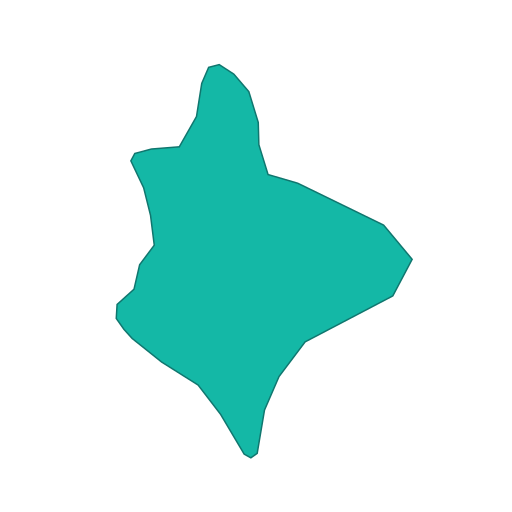 SVG path tracing the border of Bishkek, rotated 166°
{"feature_id": "KGZ-1115", "entity_name": "Bishkek", "entity_type": "Region", "adm_level": 1, "iso_a3": "KGZ", "parent_name": "Kyrgyzstan", "parent_adm1": "", "projection": "orthographic", "projection_center": [74.608, 42.858], "detail": "fine", "context": "isolated", "style": "filled", "palette": "teal", "viewbox_px": 512, "rotation_deg": 166, "n_neighbors": 0, "source": "natural_earth", "source_scale": "10m", "svg_char_len": 599}
<svg xmlns="http://www.w3.org/2000/svg" viewBox="0 0 512 512"><g transform="rotate(166 256 256)"><path d="M309.8,61.4L315.4,66.6L328.7,111.0L343.4,144.8L373.2,175.9L396.1,205.9L401.9,216.8L406.7,229.2L402.5,242.6L382.4,253.3L371.0,275.7L352.1,291.1L348.5,321.0L348.5,349.3L354.4,378.6L348.8,384.8L331.6,385.1L304.0,380.5L280.0,405.7L266.9,436.6L256.3,450.5L245.4,450.6L233.5,437.8L223.2,417.2L221.5,385.0L226.3,363.3L224.6,332.1L197.9,316.5L124.7,255.1L105.3,215.0L132.9,184.2L229.1,160.8L262.8,133.5L285.0,104.5L302.6,64.2L309.8,61.4Z" fill="#14b8a6" stroke="#0f766e" stroke-width="1.5"/></g></svg>